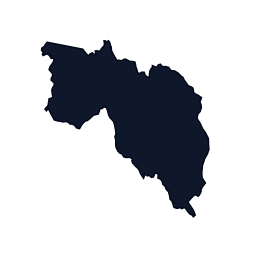 the district of Bentong, Pahang, Malaysia, rotated 169°
{"feature_id": "92858781B95587260702445", "entity_name": "Bentong", "entity_type": "district", "adm_level": 2, "iso_a3": "MYS", "parent_name": "Malaysia", "parent_adm1": "Pahang", "projection": "equal_earth", "projection_center": [102.033, 3.418], "detail": "fine", "context": "isolated", "style": "filled", "palette": "ink", "viewbox_px": 256, "rotation_deg": 169, "n_neighbors": 0, "source": "geoboundaries", "source_scale": "gbopen_adm2", "svg_char_len": 3005}
<svg xmlns="http://www.w3.org/2000/svg" viewBox="0 0 256 256"><g transform="rotate(169 128 128)"><path d="M50.1,143.8L53.1,146.9L54.1,147.5L55.5,148.7L57.0,150.6L56.5,152.9L56.7,154.8L57.6,155.8L59.0,156.9L60.9,157.9L61.5,159.6L62.6,161.9L63.8,164.6L64.3,166.9L66.3,169.2L68.0,171.9L70.5,174.4L72.4,175.6L74.4,175.6L75.5,177.5L76.0,178.6L76.6,179.8L80.0,181.3L81.2,181.3L82.6,181.9L84.0,184.4L86.3,184.2L88.0,182.1L90.1,183.2L92.1,184.6L92.5,182.9L94.5,181.3L95.8,179.4L96.6,176.9L97.5,173.8L99.2,174.2L101.1,176.5L101.5,179.6L104.0,180.2L106.2,179.2L108.0,180.4L108.2,184.0L108.7,186.9L108.5,189.4L108.7,191.5L111.1,192.5L113.3,193.0L115.0,194.2L117.0,195.9L118.7,196.3L120.5,195.5L121.9,195.3L123.9,196.3L126.0,196.3L127.7,201.1L128.7,204.2L129.5,207.6L129.0,210.1L129.5,213.0L129.6,215.5L130.5,217.4L132.6,216.5L133.5,217.8L134.9,218.2L135.0,215.9L135.5,213.4L137.2,212.4L139.5,210.3L141.2,208.6L143.6,209.7L145.4,209.9L145.6,208.2L145.6,206.3L147.3,206.7L148.7,208.6L151.0,208.0L152.7,206.5L154.0,207.6L155.7,210.7L157.4,214.0L191.0,227.6L192.9,226.1L194.5,224.1L197.4,222.8L198.0,220.7L196.8,218.4L198.0,216.5L197.4,215.3L193.5,216.3L191.5,214.5L190.7,212.6L190.1,210.9L187.5,210.9L187.8,208.8L188.6,207.2L190.0,205.7L192.7,203.2L194.3,200.5L193.5,198.8L191.7,195.9L192.1,193.4L193.8,191.5L194.3,189.6L193.2,188.2L191.8,186.3L192.3,184.0L194.0,182.3L195.4,180.0L195.8,177.5L195.8,174.6L195.7,172.7L197.7,171.9L199.9,171.7L200.8,169.2L201.9,166.0L203.1,164.4L204.8,163.5L205.9,162.3L204.8,160.4L203.4,161.7L202.2,161.3L201.6,159.2L200.8,156.2L200.2,154.4L198.8,150.0L195.2,148.1L193.2,147.7L190.9,146.4L187.6,146.2L185.5,145.0L184.1,142.9L181.9,142.5L179.9,140.8L178.5,137.9L175.7,136.6L173.2,139.6L171.0,141.4L168.9,142.9L166.4,143.1L163.9,144.4L161.6,145.8L159.5,147.1L157.4,147.3L154.7,147.3L152.9,150.0L151.9,152.3L149.3,152.1L147.8,153.3L145.4,152.3L144.8,149.2L144.5,144.6L143.7,141.6L142.2,139.3L140.8,136.6L140.6,133.3L140.6,128.5L140.9,124.3L142.5,122.0L142.3,118.3L143.3,113.9L143.3,110.8L142.3,107.2L140.8,104.9L138.6,103.5L137.8,100.6L135.2,99.3L133.2,99.1L131.5,98.7L129.5,96.8L130.5,94.9L130.1,92.8L128.1,89.3L126.2,86.8L125.1,84.7L124.5,81.2L123.1,77.6L122.3,75.7L121.4,77.2L120.6,79.7L118.3,77.4L118.1,77.6L116.1,77.2L114.4,75.1L112.4,75.1L111.1,77.0L110.2,78.7L108.4,78.0L107.1,76.6L108.2,73.2L106.0,71.6L104.8,69.7L104.5,66.1L102.6,63.6L102.2,60.7L100.4,57.6L100.1,53.2L100.3,50.3L98.7,47.6L98.3,44.2L98.0,41.3L95.5,39.9L93.8,39.7L92.4,40.3L90.8,38.6L88.8,39.0L87.1,38.8L85.1,34.2L83.7,31.9L81.7,30.3L80.8,28.4L78.6,29.7L79.5,34.7L83.4,44.0L76.9,48.8L74.9,49.7L73.2,48.6L72.2,47.6L70.8,48.6L69.4,50.3L68.3,51.8L68.2,53.2L66.8,55.3L65.1,57.0L62.5,59.2L64.7,64.7L64.3,69.3L62.1,76.9L58.7,83.0L54.9,87.6L52.6,91.7L52.2,95.7L51.1,102.4L53.0,109.0L54.9,113.1L56.4,119.2L57.9,122.7L58.3,124.8L56.8,128.3L54.1,130.4L52.2,133.9L52.0,135.3L51.9,137.2L52.3,138.9L52.4,140.3L51.6,141.2L51.1,141.9L50.5,143.1L50.2,143.7L50.1,143.8Z" fill="#0f172a" stroke="#020617" stroke-width="1.5"/></g></svg>